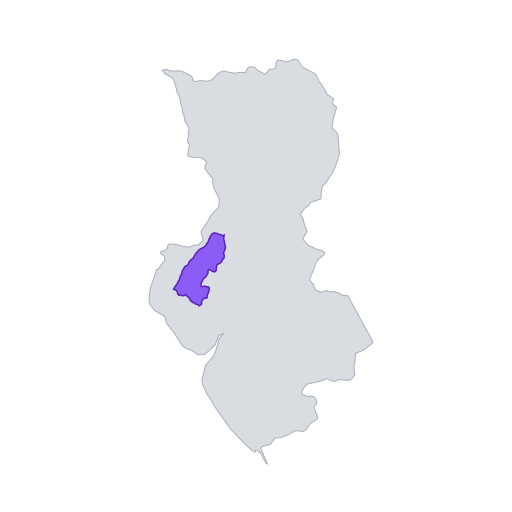 X-2 Torani/Bulletwood, Upper Demerara-Berbice, Guyana (highlighted), rotated 193°
{"feature_id": "73187651B8767068866486", "entity_name": "X-2 Torani/Bulletwood", "entity_type": "district", "adm_level": 2, "iso_a3": "GUY", "parent_name": "Guyana", "parent_adm1": "Upper Demerara-Berbice", "projection": "orthographic", "projection_center": [-58.026, 5.32], "detail": "fine", "context": "in_parent", "style": "filled", "palette": "violet", "viewbox_px": 512, "rotation_deg": 193, "n_neighbors": 0, "source": "geoboundaries", "source_scale": "gbopen_adm2", "svg_char_len": 8024}
<svg xmlns="http://www.w3.org/2000/svg" viewBox="0 0 512 512"><g transform="rotate(193 256 256)"><path d="M157.6,238.0L146.2,225.1L134.7,212.1L123.4,199.4L122.7,197.6L127.4,191.6L131.7,187.3L135.3,184.8L136.9,182.7L135.7,173.3L135.8,170.0L134.2,166.3L133.0,162.2L134.5,158.8L136.2,156.5L138.4,155.5L143.7,154.7L147.4,154.4L148.8,153.1L151.0,151.5L153.8,151.4L159.4,152.5L161.9,150.5L166.5,147.7L176.9,143.0L179.2,139.8L180.9,135.0L180.7,132.7L179.7,131.8L177.1,131.0L173.2,130.9L170.0,132.1L166.8,131.4L164.1,128.4L163.9,125.9L165.6,122.4L164.6,120.1L159.5,112.7L159.6,110.7L163.3,107.4L165.5,104.6L168.4,97.8L170.7,95.6L177.9,94.8L179.8,93.4L183.5,89.9L188.9,85.8L196.8,82.6L199.1,76.7L200.5,75.1L206.7,72.0L207.8,70.3L207.7,68.9L197.7,55.6L199.7,56.5L207.5,65.2L211.8,67.1L212.7,67.1L212.7,64.8L216.6,65.8L226.8,71.8L241.7,81.6L262.7,100.1L268.7,107.1L272.7,110.4L278.9,118.5L280.8,122.4L280.6,138.1L275.0,148.7L273.6,156.7L273.3,167.3L270.1,173.4L274.4,170.1L275.7,160.5L279.4,154.7L284.1,148.3L290.4,146.8L297.2,149.5L302.7,150.0L307.5,151.9L317.8,162.1L327.9,170.2L331.5,176.7L342.2,179.9L348.5,185.0L350.5,189.4L351.8,201.0L349.8,218.5L350.3,219.4L347.5,222.8L346.9,225.0L345.1,228.9L343.6,231.0L345.7,235.9L348.2,236.1L349.1,236.7L349.7,237.6L349.5,238.7L348.6,239.6L346.3,240.7L344.1,243.5L344.3,246.6L343.0,248.2L338.6,249.1L329.9,249.1L325.7,249.3L322.3,249.8L320.1,251.8L317.3,253.2L315.0,253.5L313.1,255.9L311.1,259.1L311.8,261.4L313.8,264.4L315.0,267.5L313.4,272.4L311.7,276.3L310.7,279.2L309.3,284.8L306.0,291.0L303.6,294.5L303.6,298.4L304.8,303.8L311.6,311.7L313.9,315.5L315.7,321.6L321.8,326.4L325.7,330.2L325.3,335.3L325.8,336.9L328.2,338.2L331.1,339.2L334.4,339.1L337.2,338.7L337.9,338.0L344.5,337.9L345.3,339.1L345.7,346.5L345.9,349.5L347.5,350.7L348.5,352.5L348.5,354.1L348.8,358.3L349.8,360.4L349.7,364.8L350.3,366.4L352.2,367.5L354.5,370.7L355.4,371.0L355.8,372.2L357.8,376.6L358.8,378.0L359.5,378.2L359.8,379.7L361.3,383.9L362.2,384.9L364.1,388.0L364.9,391.4L367.3,395.1L369.8,397.8L371.0,400.5L374.2,406.6L377.3,410.9L381.5,412.0L385.0,412.6L387.2,414.2L389.3,416.0L387.0,416.8L384.9,417.9L382.1,417.1L378.1,417.5L373.9,418.8L370.0,419.4L362.8,417.5L360.6,417.2L359.1,416.4L356.1,412.6L354.7,412.2L350.8,413.9L346.1,415.1L343.8,414.9L341.1,416.2L338.6,417.9L333.9,425.3L331.4,427.9L328.7,429.1L323.4,429.0L317.8,429.3L313.5,431.1L309.5,432.0L307.5,432.1L306.9,436.1L306.0,438.0L304.7,439.1L301.6,439.4L298.8,439.3L297.2,437.6L294.0,436.7L291.3,436.1L289.5,435.2L288.0,435.4L286.8,437.1L285.9,438.5L285.0,441.2L280.8,442.0L279.0,443.5L280.0,448.5L279.6,450.4L278.7,451.9L273.6,452.2L269.3,452.1L266.8,453.9L263.7,456.0L261.8,456.4L259.6,456.3L256.6,453.8L253.8,450.8L246.6,448.6L239.4,446.9L234.8,442.0L233.7,439.7L231.5,438.6L225.9,432.9L222.8,429.2L219.5,428.2L215.7,426.7L215.9,424.0L215.6,421.4L214.0,420.4L211.7,419.7L210.8,418.2L211.1,414.9L211.5,406.2L210.9,397.9L205.8,395.0L203.6,393.0L199.7,380.7L197.9,375.2L197.8,371.1L199.1,358.8L200.6,353.5L204.6,342.9L206.9,339.3L207.0,336.6L206.8,333.1L205.6,326.3L212.3,322.0L215.2,320.2L215.7,317.3L219.3,313.6L220.8,310.2L222.2,307.4L221.8,306.0L220.3,305.1L218.4,302.5L214.6,295.0L213.2,293.5L212.0,291.4L212.6,288.1L214.1,284.5L213.9,283.0L211.6,281.0L206.9,277.8L202.9,277.5L199.9,276.4L195.4,276.2L191.8,275.8L189.7,274.6L190.2,272.6L191.1,271.1L194.1,267.4L196.1,263.3L196.4,259.4L197.0,254.2L197.9,249.7L198.4,244.7L193.7,241.3L192.2,238.6L190.2,236.1L188.1,236.1L184.8,235.1L179.7,238.2L175.7,237.6L173.0,238.8L166.6,238.6L162.6,237.0L157.6,238.0Z" fill="#d9dde1" stroke="#a8b0b8" stroke-width="1"/><path d="M291.7,269.2L292.2,268.8L292.7,268.6L293.2,268.6L293.7,268.5L294.1,268.6L294.6,268.7L295.2,268.8L295.8,268.9L296.5,268.8L297.1,268.7L297.6,268.9L298.1,269.0L298.7,269.2L299.2,269.2L300.0,269.1L300.6,269.2L301.1,269.2L301.7,269.1L302.2,268.9L302.7,268.6L303.1,268.2L303.7,267.7L303.8,267.3L304.1,266.8L304.4,266.3L304.7,265.8L304.8,265.2L305.0,264.5L305.1,263.8L305.2,263.2L305.3,262.7L305.5,262.0L305.6,261.4L305.7,260.8L305.7,260.2L305.8,259.7L305.9,259.2L306.2,258.1L306.5,257.6L306.7,257.0L307.0,256.3L307.2,255.6L307.5,254.7L307.8,254.3L308.2,253.7L308.4,253.3L308.7,252.9L309.2,252.5L309.7,252.1L310.2,251.7L310.7,251.3L311.1,251.0L311.6,250.6L312.0,250.1L312.6,249.5L312.9,249.0L313.3,248.5L313.6,248.0L314.0,247.5L314.0,247.0L314.2,246.6L314.6,246.1L314.8,245.7L315.1,245.0L315.4,244.5L315.6,244.0L315.7,243.5L315.9,242.8L316.1,242.2L316.3,241.3L316.5,240.6L316.7,240.2L316.9,239.5L317.3,239.0L317.8,238.6L318.2,238.1L318.6,237.4L319.0,236.7L319.4,236.1L319.7,235.4L319.9,235.0L320.0,233.8L320.1,233.0L320.2,232.6L320.4,232.0L320.8,231.6L321.2,231.2L321.6,230.8L322.0,230.5L322.4,230.2L322.8,229.9L323.0,229.4L323.3,228.6L323.5,227.8L323.7,227.2L323.9,226.5L324.2,225.9L324.3,225.3L324.5,224.8L324.6,224.2L324.6,223.6L324.6,223.1L324.5,222.6L324.5,222.1L324.4,221.6L324.6,220.9L324.9,220.4L325.1,219.9L325.2,219.2L325.2,218.4L325.3,217.8L325.4,217.1L325.4,216.5L325.5,215.9L325.5,215.3L325.6,214.8L325.8,214.3L326.0,213.8L326.2,213.4L326.3,212.8L326.4,212.1L326.5,211.5L326.8,210.8L327.0,210.3L327.2,209.8L327.5,209.2L327.8,208.5L328.1,207.8L328.2,207.2L328.4,206.4L328.7,205.6L328.9,205.0L328.3,204.9L327.8,204.9L327.3,204.8L326.8,204.8L326.3,204.7L325.9,204.4L325.4,204.1L324.9,203.6L324.7,203.1L324.4,202.7L324.2,202.2L323.8,201.8L323.7,201.3L323.1,200.9L322.6,200.6L322.1,200.4L321.7,200.8L321.1,200.9L320.5,201.0L319.9,200.9L319.2,200.8L318.6,200.7L318.1,200.9L317.6,201.1L317.1,201.4L316.7,201.7L316.4,202.0L316.1,202.4L315.6,202.7L315.2,202.5L314.9,202.0L314.4,201.5L314.0,201.1L313.4,201.0L313.0,200.9L312.4,200.9L312.0,200.6L311.7,200.0L311.4,199.5L310.9,199.3L310.4,199.2L310.3,198.7L310.2,198.0L309.9,197.6L309.4,197.6L309.0,197.7L308.5,197.5L308.2,197.0L307.9,196.7L307.3,196.4L306.7,196.3L306.2,196.5L305.7,196.6L305.1,196.5L304.6,196.1L304.2,195.7L303.7,195.4L303.2,195.5L302.5,195.7L301.9,195.7L301.5,195.6L301.1,195.3L300.7,194.9L300.4,194.6L300.1,195.0L299.7,195.3L299.2,195.6L298.7,196.0L298.4,196.5L298.3,197.1L298.4,197.7L298.5,198.3L298.6,198.8L298.6,199.3L298.5,200.1L298.4,200.7L298.2,201.2L297.9,201.7L297.6,202.2L297.3,202.7L297.0,203.1L296.3,203.5L295.7,203.6L295.2,203.6L294.5,203.9L294.3,204.3L294.4,204.9L294.5,205.5L294.6,206.1L294.6,206.8L294.6,207.3L294.5,207.8L294.4,208.4L294.3,208.9L294.1,209.5L294.1,210.1L294.1,210.6L294.3,211.1L294.1,211.7L294.0,212.3L294.1,212.7L294.2,213.3L294.3,213.9L294.5,214.5L294.9,214.9L295.3,215.2L295.9,215.2L296.3,215.0L296.8,214.9L297.3,215.0L297.8,215.0L298.3,214.9L298.7,214.9L299.3,215.1L299.8,214.8L300.4,214.4L301.0,214.2L301.6,214.2L302.1,214.2L302.6,214.5L303.0,214.9L303.2,215.3L303.3,215.8L303.3,216.5L303.2,217.0L303.2,217.5L303.1,218.2L302.8,218.9L302.7,219.7L302.6,220.3L302.4,220.8L302.2,221.5L301.9,222.2L301.4,222.8L301.0,223.4L300.6,224.1L300.3,224.5L299.9,225.0L299.8,225.5L299.6,226.2L299.4,226.7L299.3,227.2L299.2,227.6L299.0,228.2L299.0,228.7L299.1,229.3L299.2,229.9L299.3,230.6L299.4,231.0L299.4,231.6L299.2,232.1L298.8,232.4L298.3,232.5L297.8,232.3L297.2,232.0L296.7,231.8L295.9,231.6L295.3,231.4L294.7,231.3L294.1,231.2L293.5,231.1L293.1,231.1L292.5,231.4L292.2,231.7L291.9,232.2L291.7,232.6L291.6,233.2L291.6,233.7L291.7,234.3L291.9,235.0L292.0,235.7L292.0,236.4L292.1,237.2L292.1,238.0L291.9,238.7L291.5,239.3L291.0,239.7L290.6,240.0L290.2,240.2L289.7,240.7L289.2,241.3L288.7,241.8L288.5,242.3L288.3,242.9L288.0,243.5L287.9,244.1L287.8,244.8L287.6,245.3L287.2,245.9L286.8,246.4L286.7,246.9L286.8,247.4L286.8,247.9L286.9,248.5L287.0,249.2L287.2,249.7L287.5,250.2L287.8,250.6L288.1,251.1L288.2,251.7L288.2,252.2L288.1,252.8L288.0,253.4L287.9,254.1L287.8,254.7L287.8,255.2L287.7,255.9L287.7,256.6L287.7,257.5L287.8,258.0L288.0,258.5L288.3,259.0L288.6,259.4L288.9,260.0L289.2,260.7L289.3,261.2L289.5,261.7L289.8,262.2L290.0,262.7L290.2,263.2L290.4,263.8L290.7,264.1L291.0,264.6L291.2,265.1L291.4,265.6L291.5,266.3L291.5,266.9L291.7,267.4L291.7,268.1L291.6,268.6L291.7,269.2Z" fill="#8b5cf6" stroke="#5b21b6" stroke-width="1.5"/></g></svg>